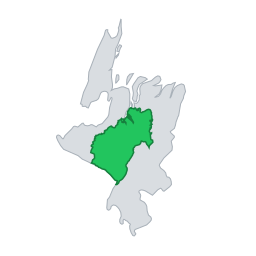 Bangladesh, with Dhaka highlighted, rotated 207°
{"feature_id": "BGD-1806", "entity_name": "Dhaka", "entity_type": "Division", "adm_level": 1, "iso_a3": "BGD", "parent_name": "Bangladesh", "parent_adm1": "", "projection": "robinson", "projection_center": [90.348, 24.137], "detail": "fine", "context": "in_parent", "style": "filled", "palette": "green", "viewbox_px": 256, "rotation_deg": 207, "n_neighbors": 0, "source": "natural_earth", "source_scale": "10m", "svg_char_len": 8957}
<svg xmlns="http://www.w3.org/2000/svg" viewBox="0 0 256 256"><g transform="rotate(207 128 128)"><path d="M92.1,179.4L92.1,173.5L88.5,162.0L88.6,160.7L87.9,155.1L87.0,152.0L86.5,148.7L88.7,144.0L87.8,143.2L83.0,141.8L82.5,140.6L83.5,135.9L80.0,131.5L78.7,128.2L82.4,117.6L83.4,110.2L83.1,108.8L80.8,107.1L76.8,106.4L74.0,105.1L72.3,103.0L70.9,102.1L69.2,102.7L67.0,101.9L65.2,99.9L63.6,97.3L64.2,94.6L67.2,88.0L68.3,87.9L70.8,89.1L71.7,89.1L73.4,86.5L75.7,79.2L83.8,79.8L85.8,79.6L87.8,79.0L88.9,78.1L89.5,76.9L89.3,75.9L86.8,74.5L85.9,73.4L85.2,70.5L84.5,69.4L79.6,69.2L77.1,67.9L75.7,66.7L73.2,62.7L70.2,59.7L67.2,59.0L66.1,58.0L65.5,56.5L65.9,54.3L67.4,50.1L75.5,40.9L75.7,39.9L75.4,38.7L73.0,37.3L72.9,36.5L73.5,34.6L74.9,34.4L77.6,36.1L80.5,38.9L82.1,41.5L82.2,43.4L84.4,43.8L86.2,44.7L88.1,44.5L89.3,44.9L90.2,44.8L90.5,43.6L88.9,40.7L89.7,39.5L91.5,39.6L92.8,40.7L93.8,42.9L94.0,46.3L96.1,49.5L99.0,51.7L101.2,52.7L103.9,53.4L106.2,52.7L107.4,50.6L106.9,48.6L107.2,46.9L108.1,45.9L109.6,46.0L110.7,47.3L113.8,54.8L113.1,58.1L113.8,67.1L113.0,73.1L113.5,75.4L114.1,75.8L118.8,76.9L125.7,79.3L130.9,80.2L154.7,79.5L159.9,80.7L175.7,79.8L180.0,81.7L184.7,84.8L187.4,87.1L187.9,88.4L187.6,89.5L186.7,90.2L185.1,90.2L181.4,88.7L180.7,89.1L180.7,92.7L177.7,101.7L177.2,104.5L176.2,105.5L173.1,106.1L171.0,111.3L170.1,112.0L168.1,110.8L166.8,111.0L165.2,111.5L163.6,112.7L162.5,114.2L161.2,114.7L156.8,114.6L155.9,117.1L153.0,120.2L151.0,128.7L151.2,131.2L153.7,138.0L155.4,146.7L156.1,147.6L156.9,147.6L156.9,143.6L157.7,143.1L158.8,143.6L160.9,149.0L162.1,150.3L163.9,150.7L166.0,149.9L167.6,148.3L168.2,146.6L167.6,140.7L168.6,138.4L172.2,134.8L172.8,133.7L172.5,127.8L173.9,127.6L175.7,128.1L178.0,126.7L178.7,126.7L179.7,128.2L181.3,127.9L183.8,139.6L184.1,147.8L184.6,152.4L185.5,153.4L188.3,160.2L190.9,184.4L191.3,199.7L192.4,204.9L191.5,206.1L190.6,206.3L189.8,204.5L183.9,200.6L182.5,201.0L180.5,203.2L179.7,205.3L180.1,208.3L180.7,211.2L182.1,212.8L182.2,214.7L183.8,221.6L183.4,221.6L180.2,215.3L176.3,209.2L175.0,198.1L174.9,192.7L172.2,186.2L169.7,175.0L170.8,171.1L168.9,172.8L166.0,166.1L161.4,159.5L160.1,156.6L160.0,153.8L158.0,156.6L155.4,158.6L152.6,161.6L150.8,162.6L145.1,163.1L141.8,159.1L137.0,149.2L136.3,147.0L137.0,141.2L135.8,135.7L135.5,130.9L134.7,131.3L134.3,132.7L134.5,134.7L134.2,136.4L126.2,135.3L129.6,138.2L133.3,138.8L135.2,141.4L135.3,145.7L131.7,148.3L132.0,150.5L134.1,153.1L131.5,153.9L130.9,155.6L130.8,158.1L132.6,161.9L132.3,163.4L135.3,168.3L135.9,170.7L135.1,174.1L128.6,180.9L126.7,185.7L125.1,188.0L123.1,188.4L120.6,186.1L120.6,183.7L121.1,181.9L124.5,177.4L122.6,178.0L117.3,181.7L116.3,178.7L115.7,175.9L115.7,172.5L118.2,167.3L115.3,169.9L114.5,173.1L114.9,176.8L114.5,179.5L113.4,183.0L111.8,185.1L109.3,186.4L108.2,188.5L106.5,190.0L106.0,183.0L104.2,173.5L103.8,175.5L104.7,181.4L104.6,185.2L103.3,188.2L100.5,191.5L98.4,191.9L97.2,191.4L93.3,186.6L92.9,182.0L92.1,179.4ZM140.4,179.5L135.5,180.7L133.0,180.3L137.7,171.8L137.5,168.0L136.8,164.9L134.4,162.4L134.3,160.7L133.3,158.2L132.7,155.4L135.3,154.5L137.4,156.1L138.2,159.3L139.2,161.8L142.9,166.7L142.9,169.8L141.9,177.3L140.4,179.5ZM150.8,176.8L147.9,179.0L148.8,165.6L151.0,170.6L151.6,173.3L150.8,176.8ZM162.2,170.1L160.9,171.0L159.7,170.2L158.1,167.0L158.9,163.0L159.4,162.5L161.2,166.5L162.2,170.1ZM173.2,198.4L171.5,198.5L170.7,197.6L171.1,196.2L170.6,191.9L172.8,191.4L173.6,195.1L173.2,198.4ZM171.3,186.2L170.1,190.5L169.6,188.6L170.4,184.8L171.3,186.2ZM136.6,151.3L137.1,152.6L134.4,150.8L133.6,149.6L134.8,148.9L136.6,151.3Z" fill="#d9dde1" stroke="#a8b0b8" stroke-width="1"/><path d="M113.1,72.2L113.0,73.2L113.1,74.3L113.3,75.4L113.7,76.1L114.1,76.1L115.1,75.7L116.1,75.7L122.3,78.4L126.7,79.5L128.8,80.4L129.8,80.5L132.6,79.8L134.9,80.0L136.0,79.7L136.4,79.7L136.7,79.8L137.3,80.1L138.4,80.3L138.6,80.3L138.8,80.2L139.1,79.9L139.7,79.9L140.0,80.1L140.4,80.4L140.8,80.6L141.6,80.7L144.7,80.2L144.6,81.6L145.0,83.0L145.0,83.5L144.9,83.8L144.6,84.3L144.4,84.8L144.1,86.0L145.9,89.1L146.7,89.5L150.0,89.2L150.4,90.6L150.6,91.3L150.7,92.7L150.5,94.4L150.7,95.0L150.8,95.1L151.1,95.0L151.3,95.0L152.2,95.0L152.5,95.2L152.6,95.4L152.7,95.8L152.7,96.1L152.6,96.3L152.4,96.6L152.4,96.8L152.4,97.0L152.3,97.4L152.1,97.6L151.8,97.7L151.7,97.8L151.7,98.0L152.0,98.5L152.2,98.8L152.3,99.0L152.5,99.1L153.0,99.4L152.6,100.5L152.3,101.1L152.1,101.5L151.9,101.7L151.8,101.8L151.8,102.0L152.0,102.3L152.5,102.4L152.8,102.6L152.9,103.2L153.0,103.4L153.0,103.8L152.5,104.1L153.1,104.7L153.3,104.9L153.4,105.1L153.5,105.4L153.3,105.7L153.1,105.7L152.8,106.1L153.2,106.8L152.6,107.2L151.7,107.7L151.3,108.8L151.0,109.0L150.8,109.4L150.5,109.6L150.0,109.8L149.4,109.9L149.2,110.0L149.2,110.3L149.2,110.7L149.2,111.0L148.8,110.9L148.4,110.6L147.5,112.0L147.2,112.1L146.8,112.2L146.7,112.3L146.8,112.9L146.7,113.1L147.2,113.8L147.0,114.3L147.6,114.7L147.4,115.3L146.8,116.0L146.4,116.3L146.1,116.6L145.8,117.4L145.9,118.0L145.8,118.8L145.2,120.2L144.2,121.7L143.8,122.1L143.5,122.2L143.4,122.2L143.2,122.1L142.4,121.5L142.2,121.7L142.0,121.8L141.8,121.8L141.6,121.8L140.8,121.8L140.6,121.8L140.4,121.9L140.2,122.0L139.9,122.4L139.8,122.6L139.7,122.9L139.9,123.6L139.9,123.9L139.9,124.1L139.3,125.7L138.9,126.4L138.8,126.7L138.9,126.9L139.3,127.2L139.5,127.3L139.6,127.5L139.6,127.8L139.6,128.0L139.4,128.4L139.2,128.7L139.9,129.5L140.1,129.9L140.1,130.0L139.6,130.1L139.3,130.3L139.2,130.6L139.4,130.9L139.1,131.3L138.5,131.7L138.3,132.1L138.1,132.1L137.6,132.1L137.8,132.5L138.3,132.9L138.1,133.6L137.6,133.3L137.3,133.3L136.7,133.6L136.0,133.9L135.6,134.1L135.1,132.8L135.2,131.8L135.6,131.1L136.3,130.7L136.2,130.5L135.7,130.4L135.3,130.5L134.3,130.9L134.4,131.4L134.3,131.7L133.9,131.8L133.5,131.8L133.0,131.8L132.7,131.7L132.0,131.2L132.2,131.7L132.6,132.0L133.0,132.2L133.5,132.3L134.5,132.3L134.8,132.6L134.8,135.5L134.7,135.8L134.5,136.0L134.3,136.5L134.1,137.1L134.1,137.6L133.1,137.2L127.7,136.0L126.6,135.6L125.6,134.9L125.6,135.3L125.9,135.7L129.5,138.0L129.9,138.4L130.2,138.8L130.4,139.2L130.6,139.5L131.5,139.7L132.3,140.1L132.7,140.3L134.5,140.5L134.8,140.7L135.6,142.0L135.7,142.6L135.8,143.7L135.7,143.5L135.5,143.2L135.2,142.9L135.4,143.6L135.5,145.5L135.4,146.2L134.6,147.4L134.4,147.6L134.1,147.5L134.0,147.2L134.2,146.9L134.4,146.7L133.9,146.9L133.6,147.2L133.3,147.5L132.7,147.6L131.7,147.6L131.3,147.7L131.2,148.2L131.2,148.5L131.0,148.8L130.9,148.9L130.4,149.2L129.7,148.9L129.3,148.5L128.7,148.0L128.1,147.8L127.8,147.7L127.7,147.8L127.4,147.9L127.1,148.1L126.8,148.7L127.1,148.7L127.5,148.6L127.7,148.8L127.8,149.4L127.7,149.4L127.7,149.5L127.5,149.9L127.3,150.1L127.0,150.7L126.7,150.9L126.3,150.9L126.0,150.8L125.6,150.5L125.0,149.8L124.9,149.2L124.8,148.4L124.7,148.1L124.6,147.9L124.3,147.8L124.0,147.7L122.7,148.0L122.4,148.5L122.2,149.1L121.7,149.4L121.2,149.9L121.0,150.3L120.4,150.9L120.3,151.1L119.9,152.0L119.2,153.0L118.5,153.7L118.1,154.0L117.6,154.1L116.7,154.3L116.6,154.2L115.5,153.6L115.3,153.4L114.7,152.7L114.1,152.4L113.9,152.0L113.7,151.4L113.6,151.1L113.2,150.6L112.3,149.7L111.9,149.1L111.2,147.6L110.9,147.2L110.7,147.0L110.2,146.9L110.0,146.7L109.9,146.5L109.8,146.2L109.7,145.9L109.7,145.6L110.3,146.1L110.6,146.2L110.8,145.7L111.2,145.1L111.4,144.9L111.8,144.8L111.8,144.5L111.7,144.2L111.3,144.1L111.0,144.1L110.7,144.4L110.5,144.5L110.1,144.5L109.7,143.9L109.8,143.3L109.7,142.7L108.3,142.3L108.5,141.8L109.1,141.2L109.4,140.7L108.5,140.7L107.8,139.8L107.4,138.6L107.5,137.6L107.8,137.8L108.2,138.0L107.7,135.4L107.5,134.7L106.9,134.2L106.0,133.7L105.2,133.6L104.8,134.3L104.7,134.1L104.6,133.9L104.6,133.6L104.6,133.4L104.8,133.3L105.2,133.0L105.4,132.6L105.0,132.3L104.8,132.0L104.7,131.6L104.5,131.3L104.2,130.8L102.5,128.2L102.2,128.1L101.9,128.1L101.4,128.2L100.6,128.3L99.4,126.7L99.4,126.4L100.8,122.4L100.8,121.8L100.8,121.5L100.4,120.2L101.3,120.9L103.8,122.0L104.4,122.4L105.6,123.5L106.3,123.7L106.8,123.5L107.6,122.9L108.1,122.7L109.6,122.6L110.2,122.4L110.2,122.0L109.9,120.5L109.9,120.0L110.0,119.3L110.4,118.3L112.7,116.2L113.1,115.9L113.4,115.4L113.6,115.0L113.6,113.8L113.9,113.3L113.8,113.2L113.9,112.7L114.0,112.3L113.9,112.1L113.9,111.9L113.9,111.6L113.8,111.3L113.3,111.2L113.3,110.5L113.3,110.3L113.2,110.2L112.9,110.0L112.1,109.1L111.9,108.9L111.8,108.5L111.9,107.2L111.7,106.0L111.7,105.7L111.9,103.3L112.0,102.1L112.2,101.1L112.2,100.5L112.2,99.9L112.1,99.5L112.3,99.1L112.6,98.7L112.8,97.9L112.8,97.5L112.7,96.9L112.7,96.5L113.0,95.0L113.0,94.4L112.9,93.8L112.7,93.4L112.5,93.1L111.9,92.6L111.1,92.2L110.6,91.8L110.4,91.5L110.0,90.7L109.7,90.1L109.1,86.6L109.0,86.3L109.2,83.6L109.5,81.9L109.8,80.1L110.5,78.7L110.7,78.3L111.0,77.9L111.5,77.2L111.6,76.4L111.4,74.7L112.0,73.1L112.1,72.8L112.3,72.6L112.6,72.3L113.1,72.2L113.1,72.2ZM133.3,139.6L132.8,139.9L132.3,139.7L131.7,139.3L130.9,138.3L130.6,137.9L130.7,137.6L131.4,137.6L132.4,138.0L133.7,138.7L134.8,139.6L135.0,140.3L134.0,139.5L133.4,139.3L133.3,139.6Z" fill="#22c55e" stroke="#15803d" stroke-width="1.5"/></g></svg>